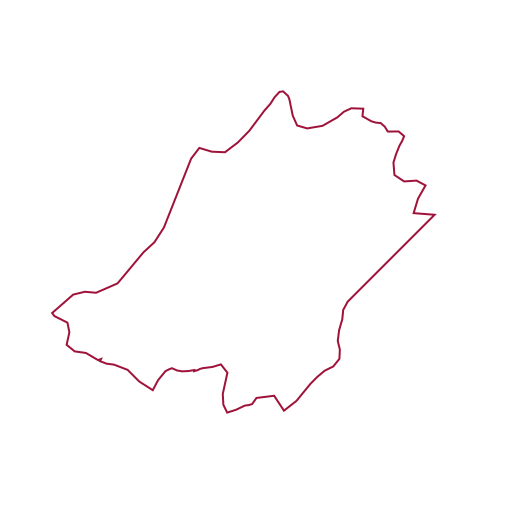 the border of Osun, rotated 217°
{"feature_id": "NGA-2855", "entity_name": "Osun", "entity_type": "State", "adm_level": 1, "iso_a3": "NGA", "parent_name": "Nigeria", "parent_adm1": "", "projection": "equal_earth", "projection_center": [4.53, 7.53], "detail": "fine", "context": "isolated", "style": "outline", "palette": "rose", "viewbox_px": 512, "rotation_deg": 217, "n_neighbors": 0, "source": "natural_earth", "source_scale": "10m", "svg_char_len": 1350}
<svg xmlns="http://www.w3.org/2000/svg" viewBox="0 0 512 512"><g transform="rotate(217 256 256)"><path d="M163.1,414.4L161.1,399.2L155.9,385.1L138.2,396.4L155.3,274.7L153.9,265.4L149.0,257.4L145.0,246.8L139.6,237.4L132.7,231.7L127.5,224.1L127.8,214.3L132.1,205.8L134.3,196.4L135.6,186.5L136.5,164.6L140.6,149.3L157.4,155.3L170.2,142.9L170.0,135.4L172.1,132.5L174.9,129.8L179.5,121.0L184.8,113.6L192.6,117.6L199.5,125.8L208.6,145.6L218.8,148.3L224.0,141.2L231.2,134.2L232.7,132.2L234.2,129.2L236.1,126.8L236.6,127.8L240.9,123.3L245.6,119.4L250.1,117.1L255.6,115.8L256.9,113.8L259.0,109.6L259.5,98.1L257.7,86.7L273.7,85.5L290.0,87.8L304.0,83.8L310.5,80.1L317.4,78.1L317.8,80.4L319.5,77.8L333.5,76.2L343.4,70.7L353.8,71.1L359.1,82.7L366.5,89.3L380.8,86.7L384.5,87.8L378.8,115.1L371.2,124.4L361.6,130.4L350.1,150.8L348.1,191.2L345.4,206.0L346.7,223.4L366.4,294.7L366.3,308.2L354.1,312.7L343.2,320.2L338.8,335.9L336.7,352.0L336.8,377.2L336.1,386.2L336.7,393.9L336.0,401.2L333.4,403.8L326.7,403.1L323.6,401.2L311.1,390.2L301.7,385.0L291.9,388.7L281.2,400.0L274.5,415.6L272.6,424.2L268.7,431.4L259.0,438.2L255.1,431.7L245.0,433.0L240.5,434.7L236.4,437.2L231.0,436.8L225.7,434.7L217.0,441.3L209.8,440.8L208.5,435.8L207.8,430.4L205.5,421.8L202.5,413.4L194.2,404.0L182.6,404.7L173.2,412.8L163.1,414.4Z" fill="none" stroke="#9f1239" stroke-width="2"/></g></svg>